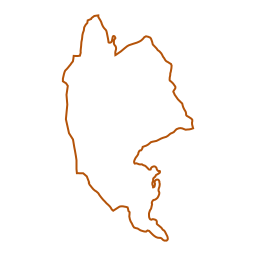 outline of Krong Pinang, Yala, Thailand
{"feature_id": "78962969B4997487485742", "entity_name": "Krong Pinang", "entity_type": "district", "adm_level": 2, "iso_a3": "THA", "parent_name": "Thailand", "parent_adm1": "Yala", "projection": "natural_earth1", "projection_center": [101.271, 6.392], "detail": "fine", "context": "isolated", "style": "outline", "palette": "amber", "viewbox_px": 256, "rotation_deg": 0, "n_neighbors": 0, "source": "geoboundaries", "source_scale": "gbopen_adm2", "svg_char_len": 5196}
<svg xmlns="http://www.w3.org/2000/svg" viewBox="0 0 256 256"><path d="M193.1,128.3L192.1,124.5L192.0,122.7L192.3,121.2L192.3,119.9L191.6,119.0L191.6,118.9L191.4,118.7L188.8,117.0L186.7,115.8L186.1,114.9L186.1,113.6L185.8,112.1L185.2,110.9L184.3,109.5L183.7,108.2L183.4,107.7L182.8,105.9L182.2,103.5L181.0,102.4L177.8,99.2L177.7,99.0L174.6,94.6L174.1,93.2L173.7,92.6L173.3,91.7L173.6,90.9L175.2,88.5L175.4,87.8L175.3,86.6L173.1,83.5L172.2,82.6L171.1,81.6L170.4,81.0L169.8,80.6L169.6,79.8L169.7,78.1L169.7,77.7L170.2,75.2L170.3,73.3L170.8,71.6L171.0,70.4L171.4,68.2L171.6,65.6L171.0,64.0L169.6,63.2L169.3,63.0L168.1,62.2L166.4,61.3L165.4,60.3L164.8,59.3L164.1,58.1L163.1,56.8L162.2,55.0L161.3,53.4L159.4,51.3L157.7,50.1L156.7,48.6L155.3,47.1L152.8,44.5L152.1,41.7L151.1,38.9L150.3,37.7L148.3,36.8L146.0,36.3L144.3,37.2L143.1,38.7L141.3,40.4L139.5,41.5L137.0,42.6L136.4,42.8L133.5,43.7L129.0,45.2L127.2,46.2L124.8,48.1L120.9,51.4L117.1,54.0L116.3,54.6L115.4,55.1L115.3,53.3L115.3,52.4L115.5,51.2L116.0,49.5L116.1,48.1L115.7,46.4L114.8,45.4L114.5,44.9L114.2,44.4L113.9,43.7L113.9,43.0L113.9,42.1L113.9,40.9L114.1,40.0L114.2,39.8L114.7,39.0L115.3,38.4L115.3,37.7L114.6,36.4L113.8,36.0L113.7,36.0L113.3,36.1L113.2,36.2L113.1,36.3L112.7,37.0L112.2,39.5L111.8,41.4L111.3,42.1L110.7,42.4L110.0,42.7L109.5,42.7L109.0,42.6L108.6,42.4L108.5,42.1L108.4,41.1L108.0,38.6L106.8,32.6L106.4,31.0L105.7,29.8L104.7,28.8L103.8,27.7L103.2,26.8L102.6,25.7L102.2,24.8L101.6,23.3L101.4,22.5L100.7,21.0L100.1,19.9L99.4,18.8L98.8,17.8L98.4,17.2L98.3,16.6L98.3,16.0L98.3,15.4L97.4,15.5L94.3,16.0L91.6,18.0L91.1,19.0L87.7,20.4L87.3,23.0L85.7,24.7L84.2,27.4L83.8,30.5L82.9,33.0L82.4,35.2L82.2,37.3L82.0,39.1L81.4,42.1L81.1,46.2L80.8,48.9L80.6,51.0L80.7,52.8L80.3,54.2L79.9,55.7L77.8,56.0L76.2,56.0L73.7,55.9L73.4,58.5L72.9,61.4L71.5,63.1L70.4,64.7L69.3,66.0L68.2,67.4L67.0,68.8L65.2,70.6L64.5,72.2L63.9,74.3L63.4,76.5L63.0,78.3L62.9,78.7L62.9,81.3L66.1,83.3L67.8,85.9L66.5,94.8L67.3,104.6L65.9,119.2L69.0,133.2L73.0,139.5L74.3,147.3L74.9,150.3L75.9,156.1L76.5,160.3L76.5,169.1L76.9,173.2L83.2,173.3L86.8,176.4L89.0,182.1L89.1,182.3L88.8,182.9L89.6,184.7L90.7,186.0L92.0,187.7L92.3,188.0L93.3,189.2L94.8,190.5L96.4,191.5L98.3,193.2L99.6,195.3L101.2,197.4L103.2,199.8L104.8,201.4L106.5,203.3L108.2,204.8L109.9,206.5L110.9,207.9L111.8,209.5L113.2,210.7L119.6,206.6L121.2,206.3L122.8,206.3L124.3,206.6L126.0,206.9L127.6,207.4L128.1,209.1L128.4,210.9L129.6,212.2L129.5,214.2L129.3,216.5L129.9,219.4L130.7,221.5L131.9,223.5L133.0,225.9L134.1,227.5L135.8,228.1L137.6,228.5L139.0,229.4L140.4,230.3L142.5,231.0L144.3,231.5L146.1,231.6L147.5,230.5L149.1,230.9L150.8,232.7L152.3,234.2L153.6,235.4L155.1,236.5L156.1,237.1L157.7,237.7L158.6,237.8L160.5,237.9L161.4,238.3L161.8,238.6L162.3,239.2L163.2,240.0L164.4,240.6L165.8,240.6L166.6,240.6L167.0,240.2L167.4,239.9L167.7,239.4L167.8,238.9L167.7,237.9L167.4,236.5L166.2,234.1L165.1,231.9L164.2,230.6L162.9,229.8L162.7,229.6L162.3,229.1L161.8,228.3L161.7,228.2L161.2,227.6L159.2,225.9L157.3,224.4L156.8,223.8L156.8,223.1L156.8,222.4L156.8,222.2L156.8,221.5L156.4,220.5L156.0,220.2L155.5,219.8L153.8,219.3L153.1,219.2L152.4,219.2L151.9,219.5L151.5,219.7L151.1,219.6L150.4,219.4L149.8,218.8L149.3,217.7L149.1,217.0L149.0,214.8L149.0,213.4L149.4,212.0L150.0,210.3L150.6,209.4L151.1,208.6L151.9,205.1L152.1,204.2L152.0,203.7L151.8,203.3L151.8,202.8L152.0,202.0L152.6,200.9L153.3,200.1L153.9,199.9L154.7,199.8L155.5,199.4L156.4,198.8L157.5,197.8L158.3,196.4L159.1,194.5L159.3,193.3L159.3,192.6L159.0,191.7L158.6,191.0L158.5,190.0L158.7,188.7L159.4,186.7L159.7,184.8L159.7,183.6L159.4,182.6L159.4,181.6L159.1,180.8L158.7,180.2L158.4,179.8L157.7,179.6L156.7,179.6L155.8,180.0L155.2,180.7L154.8,181.3L154.6,181.8L154.6,182.3L154.7,182.9L155.0,183.8L154.9,184.8L154.6,185.9L154.5,186.6L154.0,187.0L153.7,187.2L153.4,187.3L153.1,187.3L153.1,186.6L152.8,185.8L152.3,184.1L152.4,182.6L152.9,181.4L153.2,180.5L153.1,179.2L153.4,178.3L154.1,177.6L154.7,177.0L155.2,176.7L155.5,176.1L155.7,175.5L156.1,175.0L157.2,174.4L158.6,173.6L159.6,172.9L160.0,172.0L159.9,171.3L159.7,171.0L159.1,171.0L158.7,171.3L158.2,171.0L157.4,170.2L156.9,169.5L156.6,168.6L156.4,167.8L155.9,167.2L155.1,166.6L154.5,166.4L153.7,166.4L153.2,166.6L152.5,166.8L152.0,167.1L151.4,167.6L151.2,167.9L151.0,168.3L150.8,169.1L150.6,169.5L150.0,169.6L149.6,169.6L149.0,169.5L148.6,169.2L147.8,168.3L145.9,166.4L144.9,165.7L144.4,165.5L143.6,165.3L142.8,164.9L141.9,164.3L140.8,164.4L140.5,164.4L140.0,164.4L139.1,164.3L138.3,164.0L137.3,163.6L136.3,163.3L135.4,163.5L134.8,163.6L134.4,163.1L134.1,162.2L134.1,161.6L134.4,160.4L135.3,158.4L136.0,157.3L136.4,156.8L136.9,156.2L137.3,155.6L137.7,155.0L138.2,154.1L138.4,152.8L139.0,151.5L139.4,150.9L139.9,150.5L140.7,150.4L140.9,150.4L141.6,149.7L142.3,148.5L142.6,147.2L142.7,146.9L144.6,146.2L146.3,145.6L147.9,144.7L149.3,143.6L150.9,142.2L152.6,141.7L154.1,141.4L156.5,140.9L158.9,139.7L161.0,138.6L163.0,137.8L164.7,137.3L166.3,136.8L167.9,135.8L169.3,134.6L170.5,133.6L172.0,133.0L173.8,132.1L175.0,130.7L176.5,129.2L178.8,128.3L180.6,128.1L182.3,128.4L184.0,129.1L185.6,129.7L187.6,129.5L189.2,129.4L191.1,129.0L193.1,128.3Z" fill="none" stroke="#b45309" stroke-width="2"/></svg>